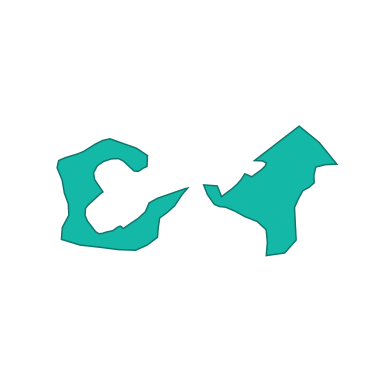 outline of Lankaran, rotated 234°
{"feature_id": "AZE-1707", "entity_name": "Lankaran", "entity_type": "District", "adm_level": 1, "iso_a3": "AZE", "parent_name": "Azerbaijan", "parent_adm1": "", "projection": "natural_earth1", "projection_center": [48.931, 38.926], "detail": "fine", "context": "isolated", "style": "filled", "palette": "teal", "viewbox_px": 384, "rotation_deg": 234, "n_neighbors": 0, "source": "natural_earth", "source_scale": "10m", "svg_char_len": 1376}
<svg xmlns="http://www.w3.org/2000/svg" viewBox="0 0 384 384"><g transform="rotate(234 192 192)"><path d="M190.9,205.6L182.1,216.0L170.9,213.2L171.1,227.0L171.8,233.3L173.2,239.4L175.7,245.4L169.2,249.3L169.2,255.1L169.2,261.3L170.0,266.5L171.6,269.2L175.7,267.3L180.7,261.0L182.3,317.4L157.3,324.0L129.3,325.5L135.6,316.2L139.4,306.8L134.0,300.5L127.6,296.2L127.0,289.6L127.9,282.4L123.9,274.0L119.2,265.8L105.6,256.9L91.9,248.0L88.2,231.1L96.9,214.7L107.0,223.4L117.9,229.8L129.8,227.4L141.0,220.3L150.9,215.7L160.0,210.2L164.1,205.7L168.8,202.8L181.0,203.0L190.9,205.6ZM295.8,102.6L294.3,109.5L290.0,122.0L288.5,128.0L287.6,141.7L286.2,150.0L283.3,156.9L260.0,172.8L247.7,177.4L239.1,170.6L240.1,166.0L240.0,162.9L240.4,160.3L243.3,157.4L257.3,154.7L262.1,152.3L266.1,146.4L268.7,138.6L268.9,130.9L265.4,123.6L259.2,120.5L244.4,120.0L244.4,116.6L242.6,100.7L241.4,96.2L235.9,91.7L230.0,90.3L216.7,90.7L213.1,92.0L211.2,95.1L210.0,99.0L207.5,104.6L207.2,106.6L207.3,110.8L206.7,113.8L205.2,114.6L203.7,114.6L202.9,115.0L202.3,133.1L203.4,142.6L208.4,151.0L207.2,160.4L198.8,188.2L197.7,190.8L195.8,182.5L191.1,170.0L190.0,159.6L190.0,150.6L183.0,143.7L175.7,137.5L175.4,124.7L178.0,112.2L188.8,98.4L200.9,85.6L214.9,70.2L230.4,58.5L239.5,66.2L245.6,78.7L255.2,85.0L266.1,88.1L278.1,94.0L290.9,97.1L295.8,102.6Z" fill="#14b8a6" stroke="#0f766e" stroke-width="1.5"/></g></svg>